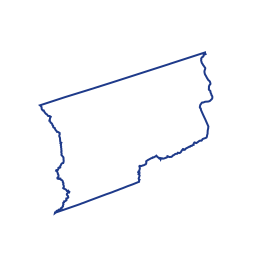 outline of Guarantã do Norte, Mato Grosso, Brazil, rotated 338°
{"feature_id": "56859067B35045654175735", "entity_name": "Guarantã do Norte", "entity_type": "district", "adm_level": 2, "iso_a3": "BRA", "parent_name": "Brazil", "parent_adm1": "Mato Grosso", "projection": "mercator", "projection_center": [-54.654, -9.78], "detail": "fine", "context": "isolated", "style": "outline", "palette": "blue", "viewbox_px": 256, "rotation_deg": 338, "n_neighbors": 0, "source": "geoboundaries", "source_scale": "gbopen_adm2", "svg_char_len": 5194}
<svg xmlns="http://www.w3.org/2000/svg" viewBox="0 0 256 256"><g transform="rotate(338 128 128)"><path d="M129.1,79.7L106.0,77.9L81.3,75.8L54.9,74.0L55.2,74.6L55.5,75.5L55.7,76.1L55.4,77.1L55.1,78.1L55.2,78.9L55.6,79.4L55.8,80.1L56.4,80.2L56.5,81.2L56.6,82.2L56.8,82.8L57.0,83.6L57.3,84.3L57.9,85.0L58.1,85.6L58.3,86.7L58.8,87.1L59.6,87.4L60.2,88.0L60.6,88.6L59.9,89.3L59.4,89.5L59.0,90.5L58.3,91.1L57.8,91.8L58.3,92.2L58.3,92.9L58.2,93.5L58.3,94.1L58.9,94.9L59.2,96.0L59.0,97.0L59.4,97.9L59.0,98.9L59.2,99.7L60.1,100.6L60.0,101.1L60.0,101.8L60.1,102.4L60.2,103.2L60.5,103.7L60.7,104.2L60.7,105.0L61.5,105.4L62.0,105.8L62.2,106.4L62.7,106.8L62.5,107.4L62.5,108.0L61.9,108.7L61.4,109.3L61.2,109.9L61.2,111.1L61.2,111.8L60.6,113.5L60.4,114.2L60.2,114.8L60.0,115.7L60.6,116.7L59.6,117.1L59.8,117.9L59.6,118.4L59.1,119.1L59.2,119.9L58.7,120.7L58.5,122.1L58.3,122.7L58.0,123.1L57.9,123.7L57.8,124.5L57.1,125.2L57.0,126.5L56.8,127.1L56.3,127.7L56.2,128.3L56.6,129.1L56.7,129.8L57.1,130.8L57.0,131.7L56.6,132.5L56.3,133.5L56.1,134.3L55.5,135.4L54.8,136.2L54.0,136.0L53.4,136.1L52.6,136.5L52.0,137.1L51.5,137.6L50.9,137.9L50.6,138.5L50.4,139.2L49.8,139.3L49.3,138.8L48.6,138.8L48.3,139.4L47.9,140.1L47.3,140.6L46.6,140.4L45.8,140.2L45.3,140.7L45.9,141.3L46.0,142.2L45.9,143.0L46.0,143.7L45.7,144.5L45.9,145.1L45.8,145.7L45.7,146.3L45.3,146.9L44.7,147.4L44.0,147.6L43.7,148.4L44.2,149.0L44.9,149.3L45.7,149.8L45.9,149.3L46.4,149.6L46.3,150.5L46.7,151.2L47.2,151.6L47.5,152.4L47.6,153.1L47.2,154.1L47.5,155.0L46.8,155.9L46.8,156.8L46.8,157.6L46.5,158.5L46.0,159.1L45.4,159.4L45.7,160.1L46.3,160.5L46.7,161.1L47.2,161.6L47.5,162.2L47.7,162.8L47.8,163.6L48.4,163.9L49.1,163.8L49.2,164.5L49.7,165.2L49.3,165.7L48.7,165.3L47.7,165.7L46.7,166.2L46.3,166.9L46.5,167.8L46.8,168.3L46.8,169.1L46.6,170.0L45.9,170.3L45.2,170.3L44.4,170.2L44.0,170.9L44.1,171.7L43.3,172.1L42.2,172.3L41.3,172.1L40.9,172.9L40.0,173.0L39.6,173.8L39.5,174.7L38.9,175.2L38.4,175.8L38.3,176.4L37.6,176.7L36.8,177.0L36.4,177.6L35.6,177.3L34.9,177.9L34.0,178.3L33.2,177.8L32.5,178.2L31.7,178.2L30.9,178.1L30.2,178.5L29.4,179.3L52.6,180.5L54.9,180.6L57.1,180.6L58.5,180.7L64.6,180.8L67.8,180.9L71.7,181.0L75.2,181.1L75.8,181.1L83.0,181.3L86.7,181.5L89.5,181.6L92.2,181.6L95.0,181.7L97.8,181.7L100.6,181.8L103.3,181.8L105.8,181.8L108.3,181.9L111.1,182.0L113.4,182.0L115.7,182.0L118.1,182.0L118.4,181.3L118.7,180.6L119.3,180.3L118.9,179.4L119.0,178.7L119.4,178.3L119.8,177.9L120.2,177.4L120.6,176.9L121.0,176.4L121.0,175.7L120.5,174.9L121.6,174.2L121.0,173.7L120.8,172.9L121.4,172.3L122.2,172.4L122.5,171.6L123.1,171.0L123.5,170.4L123.9,169.8L124.1,168.9L124.2,167.7L124.8,167.5L125.9,168.2L126.6,168.3L127.4,168.2L128.2,168.4L129.4,168.4L130.2,168.2L130.8,168.3L131.4,167.9L132.0,167.1L132.1,166.3L132.5,165.6L133.9,165.3L134.7,165.1L136.2,165.0L136.8,164.9L137.5,164.8L138.3,164.7L139.1,164.9L139.8,164.5L140.3,164.8L140.9,164.9L141.4,164.7L142.3,164.7L143.2,164.6L143.9,164.3L144.2,165.0L144.4,165.8L144.9,166.5L145.2,167.0L145.6,168.0L146.4,167.7L146.9,168.1L146.7,169.2L147.6,168.5L148.4,168.9L148.8,169.5L149.9,169.7L151.0,169.8L151.8,169.7L152.6,169.9L153.4,169.7L154.0,168.9L154.5,169.3L155.0,170.0L155.4,170.4L156.2,170.6L157.2,171.0L157.8,171.0L158.6,170.7L159.1,170.3L160.0,170.3L160.6,170.2L161.4,170.0L162.0,169.8L162.8,169.9L163.9,170.3L164.5,170.0L164.9,169.6L165.6,170.0L166.3,170.5L167.0,170.5L167.9,170.2L168.6,169.7L169.4,169.0L170.3,168.6L171.1,168.1L171.6,168.4L171.7,169.3L172.8,169.4L173.4,169.0L174.1,168.7L174.7,168.6L175.3,168.6L177.0,168.4L177.7,168.3L178.3,168.6L179.2,168.1L179.8,168.2L180.4,168.5L181.1,168.1L182.6,168.2L182.8,167.4L183.2,166.9L184.2,166.3L184.8,166.7L185.2,167.2L185.8,167.6L187.0,167.3L187.5,167.2L189.2,166.7L190.2,166.7L191.0,167.2L191.7,167.2L192.7,166.4L193.2,166.2L194.4,166.2L195.4,166.3L197.1,166.3L197.5,166.0L198.3,165.0L198.6,164.3L199.1,163.8L199.8,162.8L200.0,162.3L200.2,161.7L200.5,161.2L200.9,160.3L201.5,159.4L201.9,158.8L202.4,158.1L202.6,157.5L203.1,156.7L202.9,149.7L202.9,149.1L202.8,147.7L202.6,144.2L202.4,138.4L202.7,137.7L202.7,136.9L202.3,136.2L202.4,135.5L203.1,134.6L203.3,134.1L204.0,133.4L204.8,133.0L205.9,132.2L206.5,132.2L207.1,132.5L207.8,132.6L208.8,132.5L209.5,132.6L210.4,132.9L211.1,133.1L211.8,133.4L212.3,133.5L213.1,133.6L213.7,133.6L214.4,133.5L215.2,133.1L216.3,132.7L217.1,132.2L217.5,131.6L217.9,130.7L218.0,129.9L217.7,128.6L217.9,127.9L217.9,127.1L217.8,126.0L218.2,124.7L218.0,124.0L217.6,123.4L217.4,122.8L217.5,122.2L218.0,121.4L218.5,120.0L218.9,119.5L219.5,118.9L219.9,118.6L220.7,118.3L221.2,117.4L221.2,116.5L221.3,115.8L221.2,115.2L220.8,114.3L220.5,113.8L220.2,112.9L220.2,111.9L220.0,111.4L219.9,110.5L219.8,109.3L219.7,108.4L219.5,107.4L219.5,106.7L219.6,106.0L219.7,105.4L219.9,104.6L220.2,103.9L220.5,103.5L220.9,103.0L221.7,102.1L222.0,101.6L222.1,101.1L221.7,99.8L221.6,99.0L221.4,98.4L221.2,97.7L221.1,96.5L220.9,95.9L220.8,95.0L221.0,94.0L221.0,93.2L221.2,92.5L221.7,91.8L221.9,91.0L222.7,90.4L223.3,90.1L223.9,90.1L224.7,89.8L225.1,89.3L225.5,88.5L226.2,88.6L227.6,88.5L227.4,87.7L227.7,86.8L191.1,84.2L190.5,84.2L129.1,79.7ZM29.4,179.3L28.7,179.0L28.3,179.6L29.4,179.3Z" fill="none" stroke="#1e3a8a" stroke-width="2"/></g></svg>